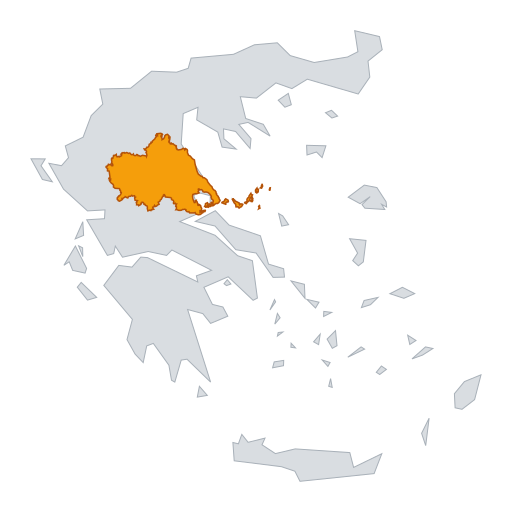 location of Thessalias, Thessalia, Greece
{"feature_id": "26713481B23289270995723", "entity_name": "Thessalias", "entity_type": "district", "adm_level": 2, "iso_a3": "GRC", "parent_name": "Greece", "parent_adm1": "Thessalia", "projection": "orthographic", "projection_center": [22.955, 39.583], "detail": "fine", "context": "in_parent", "style": "filled", "palette": "amber", "viewbox_px": 512, "rotation_deg": 0, "n_neighbors": 0, "source": "geoboundaries", "source_scale": "gbopen_adm2", "svg_char_len": 9752}
<svg xmlns="http://www.w3.org/2000/svg" viewBox="0 0 512 512"><path d="M354.7,30.7L379.5,36.6L382.2,49.7L368.0,61.1L369.8,77.1L358.2,94.0L307.3,79.2L291.9,88.6L275.9,82.9L256.4,98.1L240.3,96.7L245.7,118.5L263.3,124.3L270.1,136.1L248.1,122.4L238.8,124.4L251.0,138.6L250.1,148.5L235.6,131.5L223.5,128.9L223.9,138.8L236.2,149.1L222.1,147.1L217.8,132.1L196.7,119.9L198.0,107.3L183.2,113.6L181.2,144.0L218.8,201.2L209.9,206.1L210.3,195.7L197.9,192.5L193.7,195.7L196.1,201.6L200.2,210.8L205.4,210.3L179.7,221.6L215.1,235.3L237.6,255.7L252.4,260.7L257.4,298.1L253.1,300.3L228.2,276.8L203.9,287.3L212.4,304.4L222.9,307.0L227.8,316.2L210.6,323.4L202.8,313.6L187.6,309.5L210.6,382.1L187.0,359.2L181.2,360.1L174.8,382.1L171.5,380.2L168.9,365.2L153.3,343.4L146.7,345.9L143.2,362.6L135.1,354.1L127.0,339.6L132.4,319.4L103.8,285.4L118.8,265.4L132.0,267.1L140.8,257.1L147.5,257.6L197.8,282.0L196.4,275.8L211.6,270.3L171.9,250.0L166.6,255.4L148.2,251.5L122.5,257.2L115.3,246.1L113.7,253.6L107.4,255.4L86.7,219.8L104.5,218.7L105.0,209.9L87.5,210.9L63.5,189.1L48.9,163.3L61.5,165.7L68.5,157.7L65.3,145.9L83.1,137.2L91.2,115.6L102.8,104.1L99.8,89.0L130.5,88.3L151.6,71.2L176.6,72.2L188.2,68.3L191.1,58.1L233.5,54.3L254.4,44.8L277.3,42.8L290.2,55.6L314.2,62.5L347.6,57.0L357.9,51.7L354.7,30.7ZM248.1,442.3L265.0,438.1L262.0,444.8L275.4,453.6L295.2,448.9L349.8,452.6L353.6,467.4L381.8,453.7L374.1,473.6L300.0,481.3L294.9,471.2L281.5,466.7L234.2,460.8L232.9,442.5L238.4,443.8L241.8,434.4L248.1,442.3ZM215.3,210.7L229.1,225.1L260.4,235.8L268.5,264.1L283.6,268.7L284.5,277.1L273.1,277.4L256.1,253.0L235.8,249.7L215.0,226.0L195.3,221.4L215.3,210.7ZM376.9,187.6L386.1,201.8L386.6,207.0L381.6,204.3L384.8,209.5L364.9,208.2L362.0,204.6L370.2,196.6L360.1,203.7L348.2,197.2L364.3,185.1L376.9,187.6ZM462.0,409.3L455.1,407.8L454.4,393.7L464.4,381.6L481.0,374.8L474.6,399.6L462.0,409.3ZM363.3,261.9L358.4,265.8L352.7,260.6L357.6,253.1L349.6,238.7L366.0,240.4L363.3,261.9ZM75.4,246.0L86.6,268.4L85.1,273.1L72.7,270.4L69.2,261.8L63.9,265.3L75.4,246.0ZM52.3,181.8L42.4,179.5L31.0,158.8L45.2,158.9L41.0,165.8L52.3,181.8ZM325.9,145.8L322.1,157.6L316.5,152.0L307.0,155.0L306.6,145.3L325.9,145.8ZM402.4,287.3L414.7,293.6L403.9,298.3L389.9,293.7L402.4,287.3ZM291.3,104.7L284.9,107.2L278.2,100.2L288.3,93.4L291.3,104.7ZM81.2,282.4L96.7,297.4L87.5,300.1L77.3,287.2L81.2,282.4ZM337.0,345.7L332.3,348.3L327.1,339.1L335.5,330.6L337.0,345.7ZM304.4,284.3L305.0,298.4L291.0,280.9L304.4,284.3ZM429.1,418.2L425.7,445.6L421.6,433.3L429.1,418.2ZM83.6,235.4L75.2,238.9L82.8,221.7L83.6,235.4ZM207.3,395.4L197.3,397.1L199.4,386.3L207.3,395.4ZM412.0,358.9L425.5,346.9L432.9,348.5L422.5,355.1L412.0,358.9ZM361.4,307.6L364.1,300.5L378.0,297.4L370.5,304.7L361.4,307.6ZM320.2,334.1L318.6,344.6L313.6,341.8L320.2,334.1ZM319.0,302.2L315.5,308.0L306.9,299.4L319.0,302.2ZM288.6,224.7L281.7,226.1L278.6,213.5L282.7,215.9L288.6,224.7ZM337.6,116.1L331.9,118.0L325.5,112.7L331.5,110.3L337.6,116.1ZM283.7,360.4L283.5,365.7L272.6,367.8L274.2,361.9L283.7,360.4ZM364.6,349.1L347.8,357.2L361.1,346.9L364.6,349.1ZM275.6,301.9L269.9,310.0L274.5,299.6L275.6,301.9ZM331.7,312.4L323.6,316.5L323.8,311.4L331.7,312.4ZM386.4,369.4L379.7,374.5L376.3,372.3L381.4,366.0L386.4,369.4ZM416.0,340.5L409.8,344.5L407.7,335.2L416.0,340.5ZM280.1,317.8L274.8,324.1L277.4,313.4L280.1,317.8ZM82.6,247.8L82.8,256.6L78.6,245.8L82.6,247.8ZM330.1,362.5L327.9,366.4L322.2,360.0L330.1,362.5ZM242.1,205.1L236.3,206.4L232.5,198.9L242.1,205.1ZM230.9,284.0L226.5,285.6L224.0,283.7L227.3,279.7L230.9,284.0ZM282.9,332.0L277.4,336.1L278.2,332.5L282.9,332.0ZM330.6,378.6L332.2,387.4L328.7,386.3L330.6,378.6ZM295.5,347.9L290.9,347.3L291.1,343.2L295.5,347.9Z" fill="#d9dde1" stroke="#a8b0b8" stroke-width="1"/><path d="M157.1,133.7L157.5,134.4L157.5,135.4L156.5,134.4L156.0,134.9L155.7,135.5L156.4,136.7L155.5,137.5L154.9,138.8L152.3,141.2L152.2,142.1L150.9,142.3L151.0,143.4L149.2,144.3L149.0,145.7L148.5,146.6L147.6,147.4L146.6,147.3L146.3,148.3L145.2,149.1L144.2,148.9L144.6,149.9L145.6,150.0L146.5,151.2L146.5,151.9L146.0,152.6L146.5,153.3L146.9,155.3L146.5,156.4L146.4,156.0L142.5,155.3L140.3,156.3L139.0,155.6L138.0,155.7L137.6,154.7L136.7,154.5L135.8,155.6L134.6,155.6L133.5,154.9L133.4,154.1L133.1,154.4L131.7,154.7L130.9,154.3L129.8,153.0L128.4,153.4L126.8,152.5L124.8,153.2L124.2,152.5L122.7,153.0L122.2,152.7L121.0,154.1L121.7,154.3L121.3,155.3L121.5,155.7L120.5,156.3L120.0,156.2L119.6,156.9L119.1,156.9L118.7,156.4L117.1,156.9L116.5,155.9L116.3,154.4L114.9,155.5L114.1,155.2L113.5,155.5L113.5,156.5L112.7,157.9L112.8,158.4L112.1,158.7L111.7,158.3L111.5,158.6L111.5,160.1L111.9,161.9L111.4,163.4L111.9,163.3L112.5,163.9L112.5,164.7L112.9,165.0L112.7,165.7L111.9,165.8L111.5,165.0L110.6,164.9L110.2,164.4L109.2,164.7L108.4,164.3L108.0,165.4L107.3,165.6L107.1,166.3L106.1,166.5L106.1,167.4L107.7,168.8L107.4,170.0L107.5,170.9L109.0,171.0L109.2,171.5L110.0,177.3L109.3,177.7L108.8,178.8L109.6,179.1L110.6,178.9L110.6,180.1L109.5,180.5L109.8,181.2L111.2,183.0L113.1,184.4L113.6,185.8L113.4,187.0L115.1,188.3L119.4,188.6L119.8,189.3L119.9,190.3L120.4,190.4L120.6,191.1L120.6,192.3L121.3,192.5L121.2,193.3L120.4,194.8L119.4,195.8L118.9,195.8L118.7,196.3L118.1,196.6L118.0,197.2L117.2,197.9L117.3,199.5L118.2,200.2L118.3,200.7L119.5,201.2L121.0,200.4L122.2,199.6L122.0,198.6L122.8,198.8L123.2,198.1L124.9,197.2L125.2,196.6L127.3,197.9L128.0,197.8L128.2,196.9L128.8,196.4L130.5,196.3L131.8,195.3L132.4,196.1L134.5,195.7L134.8,197.0L135.4,197.2L134.6,197.9L135.1,200.3L137.4,200.6L136.8,201.4L136.8,202.3L136.3,202.5L136.7,204.2L136.6,204.8L138.5,204.9L138.7,205.7L140.7,204.6L141.1,204.0L140.9,203.3L141.6,203.1L142.0,202.2L143.1,202.4L144.0,203.6L144.0,204.3L145.1,204.4L145.4,205.4L146.9,205.8L147.4,207.0L147.3,208.5L147.9,210.9L149.9,210.1L150.9,210.6L151.5,209.6L152.0,209.8L153.7,209.2L153.0,208.6L152.7,207.2L153.9,206.9L154.5,205.4L155.3,206.5L156.7,206.0L157.4,205.1L159.1,204.3L158.2,202.2L159.9,201.2L160.2,200.1L161.3,199.3L162.5,196.8L163.3,196.3L163.3,195.6L163.7,195.7L163.5,195.3L163.9,194.6L164.3,194.6L164.9,195.4L165.4,197.0L170.7,197.6L171.5,198.3L171.5,199.6L173.3,200.4L173.8,201.7L173.4,203.0L173.6,203.6L174.2,203.8L175.2,203.2L175.9,204.1L176.5,204.1L175.8,205.2L176.1,205.7L175.8,206.4L176.4,206.6L176.4,208.8L175.9,209.7L176.9,209.6L178.4,210.3L180.1,210.4L181.5,210.2L182.7,209.4L183.8,209.5L184.7,209.2L185.9,209.6L185.8,210.5L186.9,211.6L188.2,211.9L188.9,211.6L189.6,212.9L194.5,212.9L195.1,212.5L196.0,214.1L198.4,214.8L200.3,214.5L201.8,213.4L201.9,212.9L202.9,212.7L203.4,211.8L204.9,211.6L205.4,210.6L205.3,210.3L203.7,210.4L200.0,212.4L200.0,210.6L201.5,210.4L201.7,208.3L200.8,207.0L200.9,206.1L199.9,204.9L198.7,204.3L199.0,205.3L198.0,205.3L197.2,202.0L196.8,201.5L196.2,201.6L196.3,200.3L195.4,200.6L195.7,201.6L195.0,202.6L194.3,202.6L192.9,199.1L192.5,196.4L192.8,194.5L195.4,193.6L196.6,193.8L199.1,192.9L198.1,191.6L199.1,190.1L198.3,189.7L198.4,189.0L198.9,188.9L200.4,189.8L201.6,189.6L202.6,190.6L203.0,191.8L204.9,192.2L205.9,191.9L208.2,192.6L210.4,194.7L211.3,196.3L211.1,197.3L211.8,199.2L213.2,200.3L213.4,201.1L212.9,202.3L212.9,203.0L212.3,203.2L211.8,202.3L211.1,202.5L211.1,204.4L210.7,204.5L209.7,204.1L210.0,204.9L209.3,204.8L207.5,206.2L206.9,206.4L206.9,206.0L208.0,204.3L207.4,202.7L205.5,203.6L205.3,205.1L204.6,206.5L205.6,206.7L205.7,207.2L207.4,207.0L208.3,207.3L208.8,206.6L210.2,206.6L210.9,206.0L213.2,205.7L213.6,205.4L212.6,205.0L212.9,204.4L214.7,204.4L216.0,203.5L217.5,203.5L218.7,202.7L219.7,201.2L220.1,200.3L219.1,198.8L219.0,197.8L218.3,197.1L218.3,196.5L216.5,194.5L216.6,193.6L216.1,193.2L216.0,191.9L215.0,190.5L214.3,190.3L212.6,188.6L211.9,186.6L210.5,185.5L207.9,182.2L206.9,179.7L204.4,177.8L202.9,177.7L202.2,176.4L201.0,176.2L198.3,174.1L197.1,171.4L195.1,164.2L194.4,159.9L192.4,158.7L190.3,156.1L188.5,155.2L187.4,152.5L187.5,150.5L187.1,149.5L184.8,148.1L185.6,149.2L184.8,150.0L184.4,148.9L182.9,148.3L181.6,149.4L178.1,150.0L177.2,149.1L176.9,149.3L176.4,148.5L176.4,147.0L175.9,146.7L176.3,145.9L176.0,145.6L174.6,145.2L173.0,143.7L172.0,144.1L171.4,143.1L170.4,143.8L170.2,143.1L169.5,142.8L169.5,142.0L168.8,141.9L168.9,141.0L169.3,140.8L169.7,139.9L170.0,137.1L169.3,137.1L168.8,137.8L168.7,137.0L169.1,136.0L167.5,134.3L165.8,134.8L164.8,135.8L164.6,137.1L163.5,138.9L162.1,139.6L162.2,138.9L161.7,137.8L161.9,136.4L161.0,136.6L160.9,136.2L161.4,135.1L162.5,134.6L161.9,133.7L160.5,133.3L157.1,133.7ZM239.1,202.9L235.0,201.0L234.6,200.0L233.6,199.6L233.4,198.8L232.6,198.9L232.3,199.3L234.3,203.1L235.1,203.6L235.7,204.6L236.0,206.9L238.0,206.8L238.4,207.1L238.6,207.8L239.4,208.0L240.3,207.1L241.5,206.7L242.8,204.5L242.2,204.0L240.8,203.9L240.2,204.0L239.7,204.8L239.3,204.2L239.1,202.9ZM247.6,202.0L249.3,200.8L249.9,198.8L252.5,194.9L251.2,194.3L250.9,193.3L249.0,196.0L248.9,197.2L247.6,198.1L247.1,199.0L246.9,199.8L247.2,200.9L245.6,202.2L244.9,202.3L244.6,202.9L246.2,203.7L247.6,202.0ZM228.4,201.4L228.1,200.2L225.7,198.8L224.7,199.8L224.8,200.7L221.9,202.4L222.2,203.1L222.8,202.9L223.7,203.6L224.8,203.4L225.0,204.1L225.7,204.3L225.9,204.1L225.6,203.4L226.5,202.1L227.6,201.8L227.9,202.1L228.4,201.4ZM256.7,189.8L257.2,188.7L257.0,188.0L255.6,189.8L255.4,191.1L255.7,191.4L256.3,191.1L256.7,191.5L256.2,191.7L255.8,192.3L256.8,193.0L258.2,191.9L258.4,189.3L257.4,188.9L256.7,189.8ZM251.9,196.6L251.6,198.1L252.3,199.6L250.3,200.6L251.2,201.6L252.3,201.6L252.8,200.4L252.6,199.7L252.9,198.7L252.4,198.4L252.4,197.2L251.9,196.6ZM261.6,188.2L262.7,186.0L262.3,185.5L262.3,183.8L261.4,185.7L261.3,187.0L260.3,187.9L261.6,188.2ZM258.7,208.8L260.0,208.1L259.5,207.2L259.6,205.8L259.4,205.5L258.6,206.4L259.1,207.9L258.7,208.8ZM270.3,187.8L269.8,187.9L269.3,189.9L269.5,190.2L270.0,190.1L270.3,187.8Z" fill="#f59e0b" stroke="#b45309" stroke-width="1.5"/></svg>